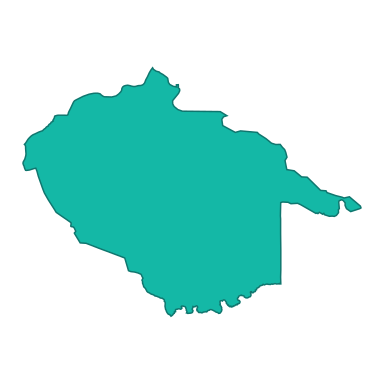 the district of Yagha, Yagha, Burkina Faso
{"feature_id": "67063806B32901667163906", "entity_name": "Yagha", "entity_type": "district", "adm_level": 2, "iso_a3": "BFA", "parent_name": "Burkina Faso", "parent_adm1": "Yagha", "projection": "mercator", "projection_center": [0.619, 13.408], "detail": "fine", "context": "isolated", "style": "filled", "palette": "teal", "viewbox_px": 384, "rotation_deg": 0, "n_neighbors": 0, "source": "geoboundaries", "source_scale": "gbopen_adm2", "svg_char_len": 5964}
<svg xmlns="http://www.w3.org/2000/svg" viewBox="0 0 384 384"><path d="M171.0,316.2L171.7,315.8L173.0,314.6L173.3,313.9L174.3,313.3L174.5,312.6L174.3,312.3L174.4,311.8L174.7,311.7L175.1,311.9L175.6,311.7L175.6,311.3L175.4,310.2L175.6,309.6L176.4,309.3L177.4,309.2L178.0,308.9L178.6,308.8L179.8,308.9L180.5,309.2L181.2,309.0L181.9,308.3L181.9,307.8L181.5,307.5L181.3,306.4L181.8,306.1L183.3,306.1L183.7,306.3L185.1,306.7L185.7,307.5L185.8,308.2L186.3,309.4L186.3,309.8L186.3,310.4L186.8,311.2L187.0,312.0L186.6,312.7L187.0,312.7L187.2,313.3L187.7,313.4L191.0,313.1L191.9,312.6L192.4,312.5L192.4,312.0L192.8,311.5L193.0,310.7L192.9,310.3L192.4,309.7L192.1,309.2L192.9,307.5L192.9,306.9L193.0,306.5L193.9,306.9L194.5,306.6L194.9,306.8L196.4,305.8L197.0,306.0L197.5,306.5L197.5,306.9L197.6,307.5L197.2,307.8L196.8,309.6L197.1,309.7L197.0,310.2L197.0,310.7L197.8,311.0L198.0,311.6L198.3,312.0L198.8,312.5L200.4,312.5L200.8,312.4L201.3,312.8L201.7,312.8L202.6,312.7L202.9,312.3L204.1,311.9L204.8,312.0L206.0,311.6L206.4,311.9L206.9,311.8L207.8,310.6L209.4,310.2L210.0,309.6L210.8,309.6L211.5,309.7L212.6,310.1L214.0,310.9L214.7,311.1L215.4,311.8L216.7,312.3L217.4,312.4L217.9,312.7L218.7,313.4L219.9,313.2L220.4,312.8L220.6,312.4L221.3,311.6L221.6,310.9L221.9,309.7L221.6,308.7L221.7,307.6L220.8,305.9L220.2,305.1L219.9,304.8L220.3,304.4L220.1,302.8L219.9,301.9L220.3,300.9L222.0,300.6L222.5,301.0L223.1,300.2L223.6,299.9L224.2,299.9L225.0,300.3L225.2,300.7L226.2,302.0L226.5,302.5L226.3,302.9L226.5,303.6L227.5,304.4L227.6,305.0L228.3,305.6L228.5,305.4L228.7,305.9L229.2,306.3L229.9,306.2L230.0,306.8L230.3,306.8L231.0,306.2L231.6,307.0L232.1,306.9L232.5,306.6L232.9,306.6L233.3,306.3L233.4,305.8L234.5,305.9L234.8,305.7L235.7,304.8L236.3,304.9L237.2,304.8L237.6,304.4L237.1,304.1L237.3,303.9L237.6,303.8L238.4,303.7L238.8,303.3L239.4,303.4L239.9,302.6L240.0,301.5L239.3,300.5L238.8,300.5L238.2,300.3L237.4,298.9L237.5,298.4L237.8,297.8L238.2,297.6L238.4,297.4L238.5,296.8L238.9,296.1L240.6,295.4L241.1,295.1L241.6,295.2L242.0,295.7L243.1,295.6L243.6,295.9L244.1,296.1L244.3,297.0L244.8,297.2L245.7,297.8L246.5,297.9L247.4,297.9L248.2,297.6L249.1,297.0L250.4,296.6L251.0,295.2L250.9,294.1L250.4,292.4L250.4,292.1L250.7,291.7L251.5,291.7L252.1,292.7L252.6,292.8L253.1,292.8L253.5,292.1L255.1,291.6L255.4,291.3L255.4,290.1L256.5,289.8L256.5,289.2L257.2,288.0L258.2,287.7L258.5,287.4L259.1,286.9L259.5,286.8L260.1,285.7L261.4,285.5L262.3,285.2L262.7,284.9L262.8,284.6L263.1,284.3L263.8,284.8L264.4,284.9L265.5,284.4L267.1,284.0L267.8,284.3L270.4,284.5L271.6,284.0L272.1,284.0L272.4,284.2L273.7,284.0L274.9,283.6L275.2,283.6L276.5,284.0L276.8,283.9L278.1,283.9L279.4,283.5L279.4,283.9L279.7,283.9L280.8,283.9L280.6,277.1L280.8,269.9L280.8,250.4L280.6,233.4L280.6,218.8L280.4,216.0L280.7,202.6L282.6,202.0L288.1,202.3L290.9,203.7L297.6,203.3L300.7,204.7L315.9,213.4L317.0,213.0L317.9,213.6L319.4,212.3L322.6,214.2L323.8,213.4L324.4,214.7L329.4,216.3L332.2,216.1L334.3,216.4L336.4,215.4L338.5,212.7L338.4,209.6L339.3,208.7L338.7,201.8L339.3,200.7L341.5,199.8L343.1,200.4L345.1,202.8L345.1,205.5L346.5,208.7L350.7,211.6L359.9,208.6L361.0,207.9L360.4,206.1L349.4,196.8L344.0,198.0L342.1,197.2L335.7,195.6L327.0,192.6L326.0,190.8L320.6,190.4L307.2,177.2L301.6,176.9L294.2,170.8L286.8,169.6L285.0,160.5L287.0,157.2L285.7,152.2L284.6,149.5L282.4,147.3L280.2,144.4L275.7,144.5L271.5,143.2L265.9,138.6L258.9,134.1L257.3,132.4L240.6,130.9L235.3,132.4L222.7,125.6L221.8,119.4L223.5,116.8L226.9,115.7L220.2,111.6L182.4,111.2L177.9,109.6L174.1,106.5L172.7,103.9L172.6,100.7L178.5,93.4L179.7,90.8L179.6,89.1L178.0,87.3L178.4,86.6L178.3,84.7L176.4,84.8L176.3,86.9L173.2,86.3L169.7,84.4L168.4,82.4L167.7,78.3L166.6,77.2L162.8,74.4L160.2,73.0L159.2,72.0L156.2,71.2L153.5,69.4L152.6,67.8L151.0,69.9L149.3,72.8L147.5,76.7L145.7,80.0L144.9,82.2L144.4,83.2L143.4,84.3L142.4,85.0L140.7,85.5L138.4,85.6L135.1,86.5L133.5,86.5L131.8,86.2L129.7,85.6L127.7,85.2L125.7,85.5L124.0,86.0L122.7,87.0L122.3,87.7L121.9,88.5L121.7,89.9L121.5,90.6L120.8,91.8L118.7,94.0L116.1,95.9L111.7,97.0L105.9,96.8L104.7,96.8L103.8,96.6L102.7,96.0L101.3,95.0L100.2,93.9L99.0,93.5L97.5,93.2L95.8,93.2L93.7,93.3L89.1,94.2L83.2,96.3L76.4,99.7L74.5,100.8L74.0,101.4L73.4,102.3L70.4,108.7L69.1,111.2L68.4,112.8L68.0,114.5L67.7,114.9L66.9,115.3L64.0,115.2L58.1,115.2L56.5,115.5L55.7,115.8L55.0,115.9L54.5,116.8L54.2,118.2L53.2,119.8L52.8,120.9L53.1,121.1L52.4,121.7L51.3,122.1L51.0,122.5L50.8,123.1L50.5,123.5L49.1,124.4L48.5,125.2L48.2,125.7L48.1,126.2L47.9,126.3L47.4,126.4L46.4,127.0L45.3,128.4L44.3,129.0L43.4,129.8L42.7,130.6L42.2,130.9L41.4,131.1L38.7,132.1L35.2,133.8L33.1,134.7L31.3,135.9L29.5,137.6L28.0,139.3L25.6,143.1L24.4,144.4L25.0,145.0L25.3,145.5L25.5,146.2L25.6,147.2L25.6,148.6L26.0,153.8L25.8,155.6L24.8,159.1L23.2,162.0L23.0,163.3L23.4,164.9L24.0,166.0L24.5,167.9L25.2,169.6L25.6,170.3L26.5,170.4L28.1,170.2L29.5,170.0L33.9,168.6L35.8,168.2L37.0,171.3L38.3,176.2L42.9,189.2L44.4,193.0L48.4,200.0L55.1,210.5L55.7,211.7L56.4,212.5L70.7,222.4L70.9,222.7L71.1,223.8L70.8,225.9L70.9,226.4L71.2,226.6L73.0,226.9L73.7,227.3L74.3,228.1L75.7,231.1L75.7,231.4L75.5,231.7L75.2,232.1L74.4,232.9L74.4,233.3L80.2,242.9L86.1,243.3L99.3,248.4L124.6,257.9L124.9,258.4L128.5,270.7L130.8,271.6L134.4,272.0L138.1,273.0L139.8,273.8L140.1,273.8L140.5,274.0L140.9,274.2L141.1,274.6L141.4,274.9L142.0,276.4L143.0,278.2L142.2,279.5L142.0,280.4L142.4,281.1L142.6,282.0L142.5,283.0L143.4,285.4L143.7,286.8L144.3,287.3L145.5,288.6L147.0,291.5L147.7,292.0L147.8,292.2L148.3,292.5L149.5,292.9L150.4,293.7L152.3,294.5L152.8,294.5L153.8,295.0L154.2,295.4L154.8,295.7L155.0,296.0L156.0,296.1L157.4,296.5L157.8,296.8L158.9,297.1L159.9,297.8L160.4,297.9L161.0,298.2L162.3,298.2L162.9,298.8L164.1,299.5L164.3,300.1L164.3,301.4L165.1,302.1L165.2,302.4L165.2,304.0L165.0,306.2L165.6,309.5L166.1,310.2L166.5,311.6L167.4,313.1L168.3,314.2L169.9,314.7L170.2,315.3L170.8,315.8L171.0,316.2Z" fill="#14b8a6" stroke="#0f766e" stroke-width="1.5"/></svg>